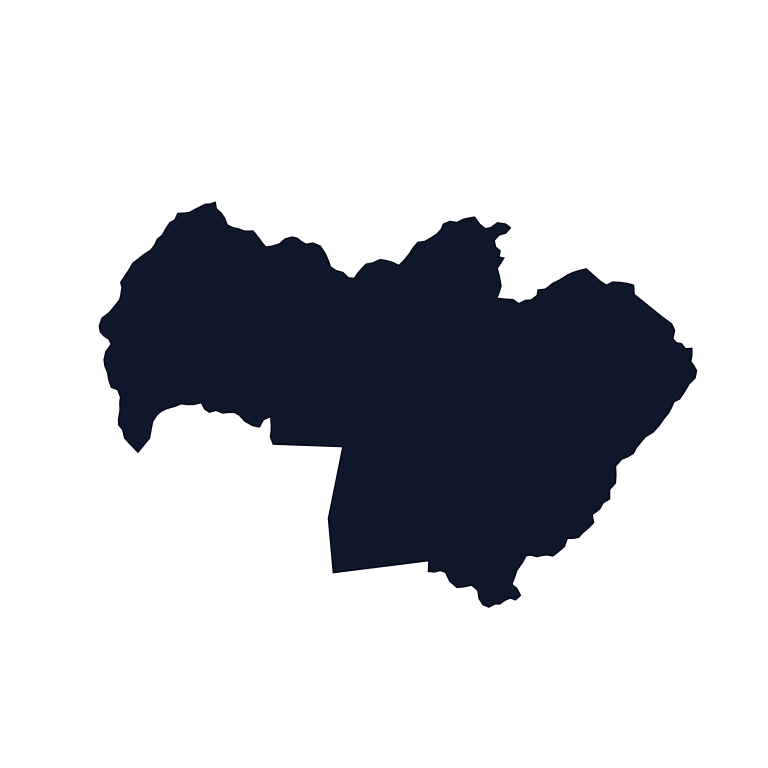 Angelina, Santa Catarina, Brazil, rotated 22°
{"feature_id": "56859067B60801601029552", "entity_name": "Angelina", "entity_type": "district", "adm_level": 2, "iso_a3": "BRA", "parent_name": "Brazil", "parent_adm1": "Santa Catarina", "projection": "natural_earth1", "projection_center": [-49.081, -27.547], "detail": "fine", "context": "isolated", "style": "filled", "palette": "ink", "viewbox_px": 768, "rotation_deg": 22, "n_neighbors": 0, "source": "geoboundaries", "source_scale": "gbopen_adm2", "svg_char_len": 3120}
<svg xmlns="http://www.w3.org/2000/svg" viewBox="0 0 768 768"><g transform="rotate(22 384 384)"><path d="M586.6,534.9L589.6,528.9L583.7,523.8L577.5,521.9L577.4,514.4L576.9,507.0L579.1,497.8L580.0,489.8L584.7,487.4L590.3,486.8L594.8,483.6L599.4,481.2L604.8,480.2L607.8,475.2L612.0,467.2L611.7,458.4L617.4,456.0L621.8,453.2L624.0,447.1L627.2,441.2L630.2,434.0L625.9,427.2L630.7,419.1L631.6,412.0L636.2,406.0L632.6,397.5L635.6,389.1L632.8,380.9L629.4,373.5L632.4,364.6L636.8,360.5L641.2,354.7L641.7,348.6L643.6,342.6L645.9,335.2L651.6,327.5L654.4,319.8L656.3,311.7L658.5,304.6L659.3,297.8L659.4,291.8L663.6,287.1L665.5,278.3L666.7,269.8L670.1,261.9L668.7,254.5L664.3,251.0L659.9,248.3L658.7,242.0L656.0,235.7L650.3,238.5L644.7,235.3L639.5,236.3L634.7,233.8L633.3,225.4L628.3,220.7L617.4,217.9L582.3,207.3L578.4,199.0L572.0,199.7L564.1,201.7L557.7,204.0L553.5,209.1L546.4,207.9L528.3,201.6L522.9,205.5L517.7,209.7L513.2,214.4L508.2,221.5L502.7,227.7L498.1,235.8L491.7,239.1L492.9,244.6L488.9,251.2L483.9,253.5L478.9,259.2L472.1,257.5L465.2,259.8L456.3,262.4L456.3,256.0L455.8,249.4L450.7,241.2L445.5,234.3L446.7,228.7L447.8,222.4L443.1,223.4L441.7,217.1L436.2,215.4L432.3,209.7L434.7,202.8L440.3,198.4L442.6,191.9L436.9,190.2L428.8,192.1L424.6,199.0L419.8,202.2L412.9,200.1L405.5,195.4L400.6,198.4L396.2,201.4L391.0,207.1L384.2,208.6L379.3,213.5L379.2,219.2L377.0,225.1L372.9,231.0L368.5,236.6L362.5,240.0L360.3,246.1L358.9,253.5L356.4,262.0L353.4,268.7L346.7,268.1L340.0,268.8L333.8,270.2L328.1,276.2L322.5,279.7L320.2,285.6L318.1,291.6L317.1,297.2L311.2,299.0L304.1,296.1L297.0,296.9L290.4,295.5L286.2,290.6L280.5,285.1L273.4,280.2L265.3,280.0L259.4,283.8L253.9,282.9L249.1,281.5L244.0,282.1L238.1,286.5L234.6,293.3L229.0,298.0L223.3,301.3L218.8,299.3L213.2,295.7L205.3,291.3L197.8,294.5L190.9,294.8L185.5,295.7L179.1,295.4L173.8,289.8L169.0,286.6L162.9,284.5L159.4,278.8L155.5,282.3L150.9,284.4L147.0,288.9L143.2,293.3L139.3,298.0L134.2,300.8L129.0,303.1L128.7,310.2L125.1,314.7L123.6,322.2L122.7,329.3L119.7,334.6L119.4,340.6L117.7,347.3L112.8,354.2L109.2,360.7L106.0,366.0L104.7,374.7L103.3,381.5L101.9,388.3L105.0,392.7L106.5,399.0L107.5,404.9L105.3,412.3L102.7,420.6L97.9,428.7L98.4,436.9L101.6,442.0L106.7,444.4L111.9,445.3L116.3,449.1L114.1,458.3L115.4,466.3L118.7,472.0L123.4,476.8L127.6,483.5L132.5,489.2L139.2,488.9L144.6,494.6L146.1,500.1L149.2,507.3L151.2,516.2L153.4,521.2L158.8,524.2L163.9,531.2L169.8,534.2L175.6,536.7L181.4,539.3L183.3,533.3L185.1,527.5L186.8,522.1L185.1,513.8L183.4,505.2L185.1,497.5L187.7,492.4L191.7,488.2L198.5,482.9L203.3,478.2L208.9,476.8L214.9,474.4L221.6,469.6L227.3,474.4L232.6,475.5L238.1,471.3L245.2,471.3L250.8,468.3L256.0,466.3L261.6,467.0L268.8,470.5L277.4,471.7L284.5,470.5L285.4,462.4L291.1,456.5L295.0,464.3L297.0,469.6L298.5,475.5L303.8,481.2L369.4,457.4L377.5,500.5L382.9,529.5L407.7,577.8L491.9,530.8L495.4,541.1L501.2,539.3L506.1,535.7L511.7,535.5L518.9,542.2L527.9,545.2L533.5,542.3L540.7,537.6L548.3,540.1L552.6,547.3L558.6,551.5L564.8,551.5L569.2,546.4L573.8,544.4L576.9,539.3L581.3,534.9L586.6,534.9Z" fill="#0f172a" stroke="#020617" stroke-width="1.5"/></g></svg>